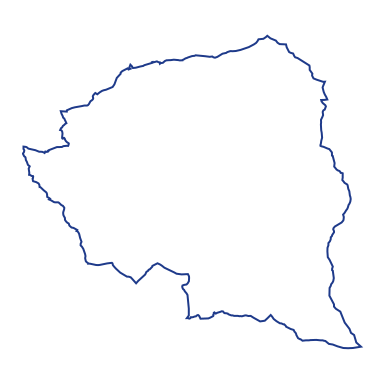 outline of Tigveni, Arges, Romania
{"feature_id": "2599482B38014929426493", "entity_name": "Tigveni", "entity_type": "district", "adm_level": 2, "iso_a3": "ROU", "parent_name": "Romania", "parent_adm1": "Arges", "projection": "natural_earth1", "projection_center": [24.538, 45.154], "detail": "fine", "context": "isolated", "style": "outline", "palette": "blue", "viewbox_px": 384, "rotation_deg": 0, "n_neighbors": 0, "source": "geoboundaries", "source_scale": "gbopen_adm2", "svg_char_len": 5848}
<svg xmlns="http://www.w3.org/2000/svg" viewBox="0 0 384 384"><path d="M361.0,346.7L356.3,342.5L354.1,335.0L351.0,332.9L349.5,328.9L344.7,322.6L340.3,311.6L335.9,308.8L334.0,306.6L334.0,304.4L329.4,295.7L329.6,287.9L330.7,286.0L331.2,284.2L332.5,282.6L333.3,280.9L333.8,278.1L332.8,270.7L332.1,270.2L332.1,268.8L332.8,266.6L329.5,259.7L327.8,257.2L327.4,251.5L327.5,247.8L328.4,245.3L328.4,243.1L329.9,241.3L330.7,239.3L330.8,237.3L331.9,236.1L332.2,235.0L334.0,232.3L334.0,231.2L333.2,229.2L333.6,228.0L334.9,226.5L341.6,222.5L343.3,220.5L343.6,219.3L343.8,217.0L343.1,214.6L344.5,213.0L346.3,210.1L347.2,209.0L347.8,207.6L348.6,204.9L349.5,203.6L350.3,201.6L350.7,199.0L350.4,197.0L349.9,195.6L349.3,191.2L348.3,188.9L347.6,185.2L347.2,184.5L344.5,182.8L343.6,181.5L342.4,180.2L342.4,179.4L342.7,177.7L342.7,173.3L341.6,172.9L340.7,172.9L339.9,171.4L339.2,170.9L337.8,170.4L336.4,169.4L336.1,168.9L334.2,166.6L334.6,163.1L332.7,155.9L332.0,155.6L331.9,152.4L329.3,149.1L327.7,148.6L323.5,146.8L321.8,146.4L320.5,145.9L320.4,145.1L320.8,144.0L321.3,140.7L322.1,137.7L321.7,132.7L321.2,130.2L320.9,124.5L321.1,122.4L321.0,119.8L322.4,116.9L323.1,115.1L322.7,112.0L323.0,111.1L323.4,110.4L323.9,110.0L324.7,109.6L325.9,106.4L325.3,105.2L322.7,103.0L322.1,102.0L321.6,101.5L321.2,100.0L324.4,99.9L327.3,99.5L326.2,96.9L324.8,94.5L323.7,91.9L322.6,87.5L323.0,86.3L324.9,81.7L323.1,81.8L316.7,79.7L313.5,78.4L312.1,75.6L312.1,74.9L312.4,73.8L312.2,73.4L309.7,69.9L309.7,67.1L309.4,65.5L297.5,58.0L295.2,57.3L294.4,56.3L293.1,53.5L290.6,52.8L289.1,52.0L286.7,47.3L286.0,44.4L279.6,44.1L277.5,42.7L275.9,40.6L270.4,38.3L267.3,35.8L265.9,37.1L263.4,38.8L258.5,39.3L257.4,41.3L256.1,42.9L253.9,44.4L248.8,47.1L240.6,49.9L235.8,51.0L232.7,51.2L230.3,51.1L227.3,52.1L226.2,52.9L222.5,53.7L217.3,56.9L215.0,57.7L213.4,57.3L212.3,56.5L209.7,56.8L205.0,56.2L195.6,55.3L194.6,55.8L192.0,56.1L188.1,57.4L186.8,58.0L185.4,58.4L184.4,59.1L182.4,60.1L182.4,60.3L179.7,60.4L178.3,60.1L173.8,59.7L170.9,60.1L166.5,60.3L164.9,61.0L162.9,62.8L160.8,63.1L160.0,63.7L159.8,62.3L158.7,62.3L156.9,61.4L153.2,62.4L152.9,61.9L151.9,62.2L152.0,62.9L144.3,65.2L143.3,65.9L140.3,66.5L135.8,67.7L133.1,68.0L132.6,67.9L132.2,67.2L132.2,66.6L130.4,64.7L129.2,67.8L130.3,68.8L128.5,69.5L127.5,68.4L122.3,71.1L120.7,72.6L120.6,73.8L116.8,77.9L114.4,84.4L112.6,87.0L106.1,89.7L103.6,90.3L102.0,90.9L99.5,92.5L97.3,94.3L95.3,93.0L93.7,94.7L92.9,96.0L92.8,96.5L93.2,98.2L93.0,99.0L92.5,99.7L91.6,100.5L90.9,100.9L90.3,101.5L88.9,104.1L87.9,105.2L87.1,105.5L84.5,105.5L81.7,106.1L74.9,107.3L71.8,108.1L66.9,110.3L66.8,111.6L60.8,111.2L61.5,113.7L62.7,116.1L63.1,117.5L63.4,117.9L64.3,118.5L64.6,119.4L65.6,121.4L66.4,123.2L65.3,123.8L64.1,125.0L62.9,125.9L62.1,127.4L61.0,128.2L60.2,130.0L60.9,130.1L61.6,130.6L62.0,131.2L62.3,132.1L62.5,133.7L62.1,137.3L62.2,138.3L62.6,138.7L62.9,138.7L63.5,137.9L64.1,137.9L64.7,138.6L65.2,140.0L65.9,141.1L67.0,142.2L68.7,143.3L68.8,143.5L68.6,144.7L68.1,145.9L66.8,145.8L63.7,146.1L63.1,146.3L62.1,146.9L61.6,147.0L56.8,147.1L48.5,150.3L47.8,150.9L47.8,151.1L48.2,151.4L47.9,151.7L46.3,151.9L45.8,151.6L45.3,151.5L45.0,151.9L44.8,152.7L44.6,153.0L43.7,152.4L42.1,151.8L39.1,151.7L35.4,150.2L28.7,148.7L28.2,148.5L27.1,147.5L26.2,147.0L25.2,146.8L23.5,146.6L23.5,149.0L24.2,150.1L24.3,150.7L23.8,152.4L23.0,153.4L23.0,153.9L24.2,156.3L25.2,157.0L25.5,157.5L25.9,160.1L26.9,161.9L27.9,164.8L29.7,166.3L28.7,168.6L29.2,172.1L29.3,173.2L29.1,174.8L29.9,174.9L31.8,176.0L33.0,176.1L33.2,176.8L33.0,177.3L33.0,178.1L32.6,178.5L32.8,180.1L33.1,181.2L36.2,182.1L38.5,183.4L39.3,184.7L39.6,186.9L39.9,186.8L41.0,187.7L43.7,190.3L46.3,192.4L46.8,193.3L47.1,194.7L47.2,196.9L49.4,198.2L50.0,198.7L49.1,199.5L50.8,200.2L54.0,202.1L54.9,202.3L58.1,202.3L58.9,202.7L61.4,205.1L62.9,205.8L63.2,206.3L64.2,207.5L64.3,207.9L64.1,209.4L63.2,212.3L63.2,213.9L63.5,215.4L64.9,217.9L65.0,219.9L66.0,221.4L67.4,222.8L68.6,223.4L69.0,224.1L69.2,225.1L69.5,225.7L71.5,227.5L73.5,227.9L77.3,230.0L77.0,230.6L76.6,231.0L77.5,231.4L77.9,231.8L78.6,232.8L79.2,234.1L80.1,237.9L81.5,241.8L80.7,243.6L80.6,245.3L80.9,245.7L81.8,246.5L83.3,248.9L85.1,254.1L85.5,256.1L85.2,257.8L85.2,258.5L85.8,261.1L86.5,262.0L88.4,263.4L88.3,263.7L90.0,263.7L96.1,265.0L98.2,265.1L99.9,264.9L107.2,263.4L111.2,262.9L112.0,262.9L112.5,263.4L112.9,265.1L114.0,266.5L115.9,268.6L120.2,272.6L126.9,276.6L128.8,276.7L130.7,277.3L132.3,279.0L136.1,283.3L138.2,280.9L145.2,274.5L146.4,271.9L148.2,270.7L148.6,269.8L149.9,269.2L152.2,266.8L152.4,265.9L157.5,263.3L160.1,264.5L161.9,265.7L164.4,267.7L174.4,272.5L176.5,273.7L181.6,274.4L187.9,274.1L189.0,276.3L189.1,277.9L188.9,281.2L187.7,283.3L186.5,284.5L184.1,284.9L182.5,285.5L182.2,286.7L182.5,287.9L183.1,289.1L184.1,289.9L184.8,291.3L186.5,293.3L187.5,295.0L188.8,308.6L188.8,315.5L186.9,318.1L188.2,318.1L188.8,318.5L189.6,318.6L190.4,318.1L190.9,317.2L192.1,317.3L193.5,317.0L194.3,316.6L196.0,316.3L196.8,315.5L198.0,315.0L198.5,315.3L199.2,316.0L200.5,318.7L208.4,318.4L210.1,317.7L213.0,316.2L213.4,315.7L213.3,314.6L213.8,313.9L213.8,312.8L214.4,312.4L215.8,313.6L217.2,312.8L220.5,311.8L221.6,311.3L222.9,311.4L224.4,313.1L226.5,313.3L227.8,313.6L228.3,314.2L229.2,314.6L231.3,315.4L232.6,315.4L234.2,315.9L238.0,315.9L239.3,316.2L240.6,316.1L241.9,316.3L245.1,315.4L246.1,315.4L248.4,316.0L250.7,315.9L253.5,317.7L260.1,321.4L263.0,321.0L264.8,320.7L267.4,318.3L270.7,315.0L272.1,316.6L273.7,319.0L276.5,321.2L279.9,323.3L281.4,323.4L283.5,324.4L284.2,324.3L285.8,325.9L286.1,326.7L290.7,329.0L293.6,329.9L294.5,331.7L295.5,332.7L296.1,333.9L296.4,335.1L298.1,338.2L300.0,339.2L300.5,339.2L302.5,340.7L306.2,340.3L309.1,340.3L310.5,340.1L316.2,339.9L320.3,340.3L322.8,340.3L323.3,340.6L325.4,341.0L328.9,343.9L332.7,344.5L337.4,346.3L343.3,348.0L348.1,348.2L352.9,348.0L361.0,346.7Z" fill="none" stroke="#1e3a8a" stroke-width="2"/></svg>